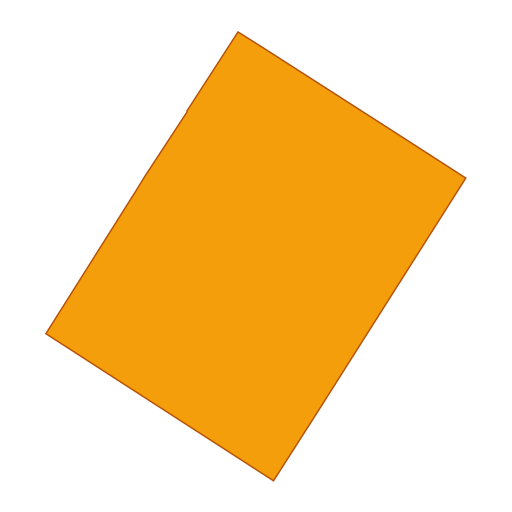 Rush, Indiana, United States of America (Equal Earth projection), rotated 33°
{"feature_id": "52423323B39033291847900", "entity_name": "Rush", "entity_type": "district", "adm_level": 2, "iso_a3": "USA", "parent_name": "United States of America", "parent_adm1": "Indiana", "projection": "equal_earth", "projection_center": [-85.493, 39.62], "detail": "fine", "context": "isolated", "style": "filled", "palette": "amber", "viewbox_px": 512, "rotation_deg": 33, "n_neighbors": 0, "source": "geoboundaries", "source_scale": "gbopen_adm2", "svg_char_len": 322}
<svg xmlns="http://www.w3.org/2000/svg" viewBox="0 0 512 512"><g transform="rotate(33 256 256)"><path d="M393.1,435.0L392.6,357.5L389.5,76.4L301.7,76.7L148.7,77.5L118.9,77.9L119.1,171.9L119.7,172.9L119.4,249.9L119.8,265.5L122.1,435.6L298.2,435.2L393.1,435.0Z" fill="#f59e0b" stroke="#b45309" stroke-width="1.5"/></g></svg>